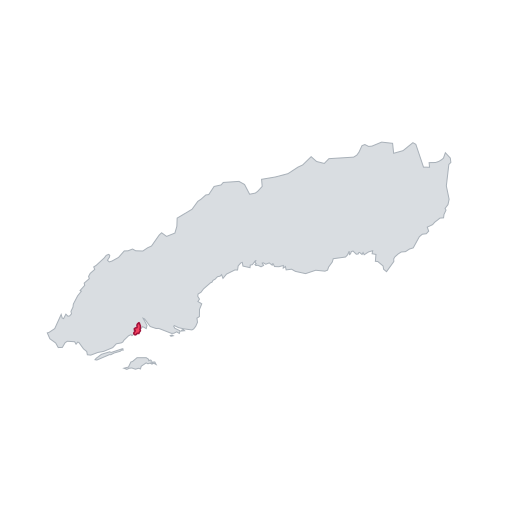 Valdemarsvik, Östergötland, Sweden shown in context, rotated 52°
{"feature_id": "70781695B36298278943399", "entity_name": "Valdemarsvik", "entity_type": "district", "adm_level": 2, "iso_a3": "SWE", "parent_name": "Sweden", "parent_adm1": "Östergötland", "projection": "mercator", "projection_center": [16.563, 58.217], "detail": "fine", "context": "in_parent", "style": "filled", "palette": "rose", "viewbox_px": 512, "rotation_deg": 52, "n_neighbors": 0, "source": "geoboundaries", "source_scale": "gbopen_adm2", "svg_char_len": 4648}
<svg xmlns="http://www.w3.org/2000/svg" viewBox="0 0 512 512"><g transform="rotate(52 256 256)"><path d="M166.7,372.2L167.9,375.7L170.3,375.3L171.3,372.7L172.5,365.2L170.9,356.7L173.1,353.7L174.5,349.0L177.8,347.6L182.4,342.1L182.8,336.4L183.8,332.2L179.9,319.4L179.6,316.1L185.5,314.4L188.0,305.8L183.9,300.1L177.6,294.8L179.8,277.6L177.1,268.2L177.4,264.1L177.0,258.0L178.5,255.4L175.4,246.2L178.5,239.8L177.9,236.5L186.7,223.5L192.6,221.0L203.4,223.0L206.0,217.8L206.1,215.0L205.0,208.3L199.0,204.4L205.6,192.2L210.8,180.1L211.8,168.3L213.0,163.2L211.7,151.4L218.8,150.1L225.1,145.2L224.2,138.6L238.2,118.2L238.6,114.5L237.6,111.0L234.3,104.5L235.2,101.6L239.0,99.8L240.8,97.0L243.6,86.9L251.3,79.0L259.8,84.3L263.5,75.3L263.3,62.6L266.4,61.3L289.1,69.3L292.9,64.6L289.0,62.1L292.9,56.9L294.0,53.8L294.4,50.0L294.3,48.0L291.2,43.2L298.4,42.6L302.2,44.8L302.6,47.7L318.0,62.9L330.2,68.9L333.7,73.1L334.9,77.7L336.8,78.0L339.0,82.3L341.4,84.7L339.4,87.7L339.4,94.4L340.0,97.5L338.7,103.3L342.7,104.6L343.3,108.1L341.2,111.6L341.4,115.5L346.4,127.1L345.0,130.8L344.6,135.5L342.3,139.0L341.9,142.5L342.2,147.1L343.0,149.2L345.2,150.8L348.7,162.8L345.0,163.6L342.1,162.0L335.4,163.4L333.7,165.2L328.6,160.5L325.7,163.1L323.7,160.8L322.1,164.7L321.6,170.0L319.2,169.5L320.1,171.5L316.9,172.2L316.6,173.0L317.3,174.3L316.3,175.9L311.8,176.5L311.2,178.2L312.5,180.2L312.4,181.5L309.6,179.6L311.5,183.3L311.9,186.1L305.7,196.8L307.7,199.6L309.4,205.6L311.2,208.3L310.4,211.0L304.0,217.7L300.4,227.8L292.4,234.4L288.3,236.1L285.5,240.8L282.4,239.3L282.3,242.0L280.3,240.3L278.6,244.5L275.7,247.9L272.6,247.3L272.3,247.9L273.2,248.9L269.6,249.8L268.5,253.4L265.9,254.4L265.4,255.5L268.1,255.8L267.6,258.7L264.5,260.2L263.4,262.0L262.0,262.0L262.3,260.6L260.3,260.6L259.6,259.0L259.3,259.4L260.6,264.2L259.6,266.1L261.5,267.9L255.9,272.5L252.6,270.7L252.1,272.1L252.8,276.1L255.7,279.2L254.0,281.2L252.1,290.4L253.3,295.8L249.5,294.6L249.8,296.7L248.6,299.1L249.1,302.6L248.7,304.9L249.6,307.0L249.1,308.0L249.6,317.6L250.7,321.7L250.3,325.0L251.8,326.7L255.2,327.1L256.1,329.8L260.3,328.2L263.3,333.4L268.9,337.9L268.6,340.8L272.2,342.9L274.3,346.8L275.1,350.1L274.8,352.0L269.2,357.5L264.9,361.1L260.5,363.2L260.7,364.1L262.9,364.5L268.2,361.9L269.8,364.1L266.9,365.2L266.3,368.3L265.0,370.2L253.2,377.2L251.7,379.3L246.4,382.8L237.0,382.5L235.5,383.3L243.7,384.7L245.6,387.2L241.8,388.8L243.4,394.8L242.4,396.2L242.4,402.8L241.0,402.9L240.4,405.6L241.1,412.1L241.8,413.9L241.5,415.7L239.2,420.1L240.0,425.3L237.4,434.7L234.6,440.1L232.4,447.2L230.0,449.7L227.1,448.2L222.9,449.1L215.1,448.8L214.1,449.5L214.7,452.1L211.9,451.7L207.0,457.2L206.8,459.8L208.8,464.9L206.4,468.2L201.2,467.4L194.3,469.4L188.1,467.8L188.8,466.0L189.3,459.3L182.1,445.5L185.5,446.9L186.9,446.2L184.8,441.6L187.7,441.3L188.5,439.7L188.0,437.0L185.7,435.9L183.6,431.7L181.4,429.5L177.6,421.1L176.2,415.3L174.9,415.9L173.7,409.1L171.6,408.1L171.2,401.3L169.0,400.5L167.6,397.3L167.3,391.3L164.7,390.6L165.0,387.7L164.1,376.9L163.3,373.6L164.0,371.1L165.4,370.8L166.7,372.2ZM276.3,404.9L275.1,405.6L274.4,407.5L272.6,408.4L272.2,414.3L273.9,416.6L272.2,417.6L271.0,420.7L267.8,422.8L266.5,424.8L265.8,427.6L263.1,429.2L265.0,424.9L262.5,419.9L263.1,418.2L262.9,412.4L268.6,405.1L271.3,404.2L272.5,405.0L273.0,403.2L273.8,402.8L276.3,404.9ZM240.0,445.5L238.6,446.7L238.2,444.9L238.3,438.3L241.4,430.3L242.8,429.6L246.7,418.7L247.1,418.0L248.4,418.7L247.4,419.7L247.5,421.6L245.1,427.5L244.4,431.2L243.5,432.2L240.0,445.5ZM277.5,402.6L277.2,404.3L275.8,402.9L277.2,401.0L280.0,401.5L277.5,402.6ZM270.9,358.3L269.1,361.1L268.7,359.9L269.1,358.6L270.9,358.3ZM266.9,372.4L266.0,372.6L266.6,370.8L267.9,370.3L266.9,372.4Z" fill="#d9dde1" stroke="#a8b0b8" stroke-width="1"/><path d="M243.3,400.1L243.9,399.6L244.1,399.0L244.0,398.2L243.8,397.9L243.8,397.2L244.0,397.0L244.5,396.8L244.6,396.2L244.9,395.9L244.6,395.6L244.2,394.7L244.0,393.9L243.8,393.3L243.8,393.2L243.3,392.8L242.7,392.7L242.4,392.7L242.2,392.3L241.9,391.9L241.5,391.6L241.4,391.3L240.9,390.9L240.4,390.5L240.2,390.3L239.6,390.0L239.1,389.8L238.8,389.8L238.1,389.7L237.5,389.3L236.9,389.2L236.5,389.3L236.4,389.6L236.6,390.1L236.7,390.6L236.4,390.9L236.6,391.3L236.9,391.7L237.1,392.4L237.4,392.5L237.8,392.8L238.1,393.0L238.5,393.2L238.9,393.5L239.1,393.9L238.9,394.3L238.9,394.6L238.8,394.8L238.5,395.1L238.4,395.9L238.4,396.5L238.5,396.5L238.8,396.7L239.0,396.9L239.3,397.4L239.6,397.4L239.8,397.1L240.1,397.0L240.4,397.0L240.6,397.1L240.8,397.7L241.0,398.0L241.0,398.5L241.1,398.8L241.3,399.0L241.3,399.6L241.6,399.8L241.9,400.1L242.6,400.1L243.3,400.1Z" fill="#f43f5e" stroke="#9f1239" stroke-width="1.5"/></g></svg>